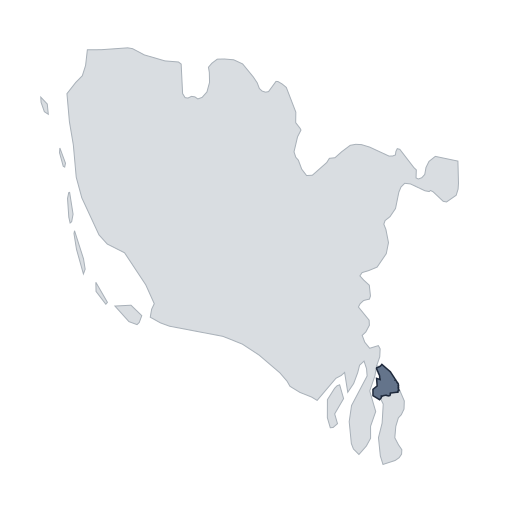 Hulst, Zeeland, Netherlands shown in context, rotated 267°
{"feature_id": "6326949B4245688321620", "entity_name": "Hulst", "entity_type": "district", "adm_level": 2, "iso_a3": "NLD", "parent_name": "Netherlands", "parent_adm1": "Zeeland", "projection": "natural_earth1", "projection_center": [4.05, 51.332], "detail": "fine", "context": "in_parent", "style": "filled", "palette": "slate", "viewbox_px": 512, "rotation_deg": 267, "n_neighbors": 0, "source": "geoboundaries", "source_scale": "gbopen_adm2", "svg_char_len": 5431}
<svg xmlns="http://www.w3.org/2000/svg" viewBox="0 0 512 512"><g transform="rotate(267 256 256)"><path d="M340.2,462.6L328.7,462.3L317.9,462.0L312.2,461.3L306.2,459.1L303.4,454.6L300.0,449.1L300.8,445.8L310.8,436.3L312.3,433.7L311.3,432.3L312.3,428.1L319.9,414.0L320.8,408.3L317.3,404.4L312.3,402.0L296.1,397.8L288.3,391.9L284.7,386.8L281.1,385.3L275.8,387.1L262.4,389.0L251.5,386.2L238.6,376.4L235.5,367.7L233.9,361.1L230.7,358.7L226.4,362.2L220.9,367.6L210.1,368.2L207.0,367.0L206.5,364.0L205.9,361.1L202.9,357.5L199.7,355.6L186.0,365.6L180.9,365.6L174.4,361.7L171.2,357.9L164.2,360.1L157.9,364.7L160.1,373.5L156.7,375.1L148.8,374.3L140.0,370.7L130.2,368.5L115.3,362.5L94.4,367.4L80.0,361.5L68.0,360.9L60.5,356.3L52.4,348.4L58.2,343.2L63.7,341.4L85.7,340.4L101.7,343.6L130.4,360.7L137.7,360.5L145.4,358.4L141.5,353.7L134.3,351.5L123.6,346.9L115.1,340.5L135.1,338.4L132.3,335.0L129.7,329.4L108.6,309.5L112.2,304.2L117.5,292.7L124.1,283.1L129.3,280.5L138.0,273.8L156.8,254.0L168.7,237.8L177.5,218.7L190.4,166.0L194.2,157.1L200.4,147.2L208.3,149.0L213.7,151.9L233.0,144.4L266.1,124.9L275.7,108.1L285.3,100.3L323.2,85.1L344.1,80.6L376.5,79.4L399.9,76.7L428.0,75.7L438.8,85.1L445.1,92.0L455.2,95.8L470.8,98.4L470.1,112.0L470.6,138.8L469.5,143.6L462.7,154.9L455.6,175.3L453.8,188.7L451.6,191.3L422.0,191.2L417.8,193.5L417.3,196.4L418.8,199.9L418.1,203.3L415.9,206.1L417.2,210.5L422.4,215.6L431.8,218.7L441.8,219.0L447.0,218.4L450.8,222.0L454.6,227.6L454.4,234.6L453.1,244.0L448.5,252.7L434.9,262.7L428.8,266.3L423.1,268.1L420.4,270.7L419.1,274.1L419.5,277.1L429.3,285.1L429.1,287.0L426.4,291.1L422.7,295.1L397.6,303.3L387.1,302.6L381.2,306.7L379.4,307.5L372.8,303.7L358.0,299.4L352.5,300.9L349.5,303.3L340.3,306.2L333.7,310.7L333.7,316.5L345.6,331.5L349.7,334.4L350.0,340.0L355.7,347.1L361.6,355.9L362.3,361.5L361.7,367.2L358.8,375.2L348.8,394.1L348.7,397.7L349.6,400.5L353.1,401.2L355.8,402.7L355.0,405.2L336.0,418.3L333.6,420.6L325.6,419.9L324.4,422.1L325.5,425.7L328.6,428.8L335.5,430.4L341.4,433.7L346.1,440.3L340.2,462.6ZM140.0,370.7L138.4,376.1L134.0,382.1L119.0,390.8L103.5,396.5L95.4,395.8L89.9,392.8L86.9,389.7L78.6,386.7L67.2,385.1L60.0,388.4L54.9,391.5L50.5,391.0L47.1,388.4L44.6,384.4L41.2,371.9L49.8,369.7L68.2,368.8L82.5,373.2L101.4,375.3L115.8,369.3L127.1,374.4L140.0,370.7ZM108.8,319.8L119.8,327.6L122.1,330.1L123.0,332.8L109.0,336.0L94.2,326.3L84.3,328.6L80.7,324.0L80.6,321.2L90.8,318.8L108.8,319.8ZM213.4,128.6L202.4,138.8L195.7,135.9L193.7,133.6L197.1,125.7L213.4,112.5L213.4,128.6ZM262.2,83.6L251.8,84.7L247.1,82.7L272.1,77.1L287.9,75.4L290.7,76.1L262.2,83.6ZM329.3,73.2L307.3,75.5L299.9,73.7L298.7,72.1L304.6,71.1L323.3,70.8L329.1,72.3L329.3,73.2ZM238.1,94.7L217.5,105.2L215.7,103.5L229.0,94.4L238.1,94.7ZM418.7,55.5L408.4,56.0L411.2,52.2L420.8,49.4L425.9,49.4L418.7,55.5ZM374.1,65.8L358.6,70.6L354.8,69.6L355.7,68.2L369.4,65.2L374.1,65.8Z" fill="#d9dde1" stroke="#a8b0b8" stroke-width="1"/><path d="M107.6,369.6L106.0,371.9L108.0,373.8L109.3,373.8L109.7,373.8L109.7,374.0L109.6,374.6L109.4,374.9L109.4,375.0L109.5,375.3L109.7,375.5L109.8,375.6L109.9,375.8L109.9,376.0L110.0,376.9L110.0,377.0L110.0,377.3L110.1,377.7L110.1,378.0L110.2,378.4L110.2,378.5L110.1,378.8L110.1,379.0L109.9,379.1L109.8,379.4L109.8,379.6L109.7,379.7L109.7,379.8L109.6,380.0L109.3,381.4L109.4,381.5L109.3,381.9L109.3,382.0L109.2,382.0L109.3,382.0L109.5,382.2L109.6,382.4L109.7,382.5L109.8,382.5L110.1,382.6L110.4,382.7L110.5,382.8L110.9,382.9L111.1,383.0L111.3,383.0L111.8,383.1L112.0,382.9L112.1,383.0L112.2,384.0L112.2,384.9L112.3,385.7L112.4,387.3L112.5,388.5L112.5,388.9L112.5,389.0L112.5,389.3L112.5,389.5L112.5,389.8L112.5,390.0L112.5,390.4L112.5,390.5L113.1,390.4L113.1,390.5L113.7,390.7L113.9,390.8L113.9,391.0L113.7,391.1L113.8,391.4L114.0,391.4L114.2,391.7L114.4,391.5L114.5,391.5L114.7,391.4L114.8,391.4L115.0,391.5L115.1,391.4L115.2,391.5L115.3,391.5L115.4,391.4L115.5,391.4L115.8,391.2L116.0,391.2L116.3,391.2L116.9,391.0L117.1,391.3L117.2,391.5L117.3,391.5L117.5,391.5L117.6,391.4L117.8,391.4L118.0,391.4L118.5,391.2L118.8,391.1L119.0,391.6L120.7,391.4L121.0,391.3L121.5,391.2L121.7,390.8L121.7,390.7L121.8,390.7L122.5,390.4L122.5,390.2L122.9,390.2L123.0,390.1L123.3,389.9L124.3,389.3L124.7,389.1L124.8,389.0L124.8,388.9L124.9,389.0L125.0,388.9L127.5,387.5L132.5,384.6L132.9,384.3L133.1,384.3L133.3,384.2L134.8,382.6L137.6,379.7L141.2,376.0L141.1,375.9L140.9,375.7L140.7,375.6L140.5,375.4L140.4,375.3L140.3,375.2L140.2,375.1L139.9,374.8L139.8,374.7L139.7,374.6L139.6,374.4L139.4,374.3L139.4,374.2L139.2,373.8L139.2,373.7L139.0,373.4L138.9,373.2L138.8,372.9L138.7,372.8L138.7,372.7L138.6,372.4L138.5,372.1L138.4,371.9L138.3,371.7L138.2,371.1L138.1,370.9L138.1,370.7L137.9,370.6L137.7,370.5L137.3,370.5L137.2,370.5L136.8,370.6L136.7,370.6L136.4,370.7L136.2,370.8L136.0,371.0L135.9,371.0L135.7,371.0L135.4,371.1L135.2,371.1L134.9,371.2L134.9,371.3L134.6,371.4L134.5,371.5L134.4,371.6L134.2,371.6L133.8,371.8L133.6,371.9L133.4,371.9L133.1,371.9L133.0,372.0L132.9,372.0L132.6,372.1L132.4,372.3L132.2,372.3L131.9,372.4L131.8,372.5L131.7,372.5L131.3,372.7L131.2,372.7L131.1,372.8L130.8,372.9L130.5,373.0L130.4,373.0L130.0,373.1L129.9,373.1L129.6,373.1L129.2,373.2L128.9,373.2L128.4,373.2L128.2,373.2L127.9,373.2L127.6,373.2L127.4,373.2L127.4,373.3L127.1,373.4L126.1,373.5L126.8,371.8L127.5,370.0L123.5,370.1L119.9,370.2L118.6,368.4L116.7,365.8L110.4,365.5L107.6,369.6Z" fill="#64748b" stroke="#1e293b" stroke-width="1.5"/></g></svg>